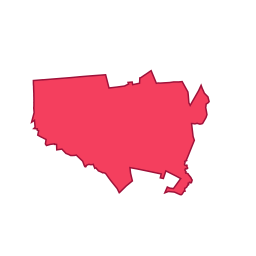 Berzovia, Caras-Severin, Romania (Natural Earth projection), rotated 65°
{"feature_id": "2599482B54614401056167", "entity_name": "Berzovia", "entity_type": "district", "adm_level": 2, "iso_a3": "ROU", "parent_name": "Romania", "parent_adm1": "Caras-Severin", "projection": "natural_earth1", "projection_center": [21.6, 45.4], "detail": "fine", "context": "isolated", "style": "filled", "palette": "rose", "viewbox_px": 256, "rotation_deg": 65, "n_neighbors": 0, "source": "geoboundaries", "source_scale": "gbopen_adm2", "svg_char_len": 3085}
<svg xmlns="http://www.w3.org/2000/svg" viewBox="0 0 256 256"><g transform="rotate(65 128 128)"><path d="M210.5,108.8L211.0,107.7L210.7,106.8L210.0,105.7L209.4,104.7L208.9,104.1L209.2,103.4L209.3,103.0L209.1,103.0L207.9,102.7L206.6,102.1L206.7,101.1L206.5,100.5L206.4,99.9L205.6,98.8L204.8,97.6L205.1,97.2L204.9,96.9L204.4,96.8L203.6,96.8L203.7,96.4L203.6,95.7L203.2,95.4L203.3,94.8L203.8,94.5L204.3,94.3L204.3,93.6L203.3,92.7L202.7,92.1L202.1,91.8L201.2,92.1L200.4,91.9L200.0,91.9L199.7,92.1L198.7,92.1L198.0,92.4L197.0,92.5L196.1,92.9L194.9,92.9L194.2,93.6L193.3,94.3L193.2,94.8L192.9,94.8L192.7,94.3L192.1,93.9L191.5,94.1L190.2,94.2L189.8,93.9L189.2,93.2L189.7,92.6L189.8,91.8L189.8,91.4L189.8,91.1L189.3,90.8L189.0,90.9L188.3,90.9L188.0,90.9L187.6,90.8L187.2,90.5L186.7,90.3L186.3,90.9L186.4,91.3L186.2,91.7L185.8,92.1L185.1,92.2L184.5,92.0L183.4,90.9L182.2,90.7L182.3,89.4L182.3,88.8L181.9,89.0L181.8,88.8L178.9,85.6L175.9,82.4L167.2,73.1L163.2,72.6L150.8,68.5L151.9,66.5L152.5,65.7L153.0,63.3L153.7,62.6L154.9,61.2L155.1,60.4L155.3,59.7L155.4,58.8L155.4,58.5L153.4,55.6L151.5,52.9L149.8,51.3L149.3,50.8L145.7,49.8L142.1,48.9L141.7,48.5L141.2,48.2L139.3,47.0L139.2,46.0L138.9,44.4L138.3,43.3L133.6,42.4L128.7,44.1L125.9,44.0L123.7,44.0L122.3,43.9L120.2,43.7L124.0,48.2L133.8,62.1L130.9,62.2L124.0,59.6L120.7,58.5L108.8,59.3L107.7,62.6L105.6,67.0L104.4,71.0L100.9,79.9L99.9,81.8L99.5,83.4L85.8,82.8L87.8,95.2L87.6,96.1L92.3,98.6L90.7,105.4L88.1,104.8L86.7,108.7L88.4,108.9L88.5,113.4L86.2,120.8L83.7,128.3L70.3,125.8L64.5,141.1L61.5,149.2L58.0,159.0L54.4,168.6L48.3,185.0L48.2,185.1L45.0,193.7L45.7,194.0L46.3,194.3L48.1,195.1L49.1,195.5L49.9,195.8L50.1,195.8L50.9,196.2L52.7,197.0L54.4,197.7L55.8,198.3L57.1,198.8L57.7,199.1L58.3,199.4L61.3,200.7L62.3,201.2L63.8,201.8L64.0,201.9L64.3,202.1L64.8,202.4L65.8,202.8L67.9,203.8L68.9,204.3L69.7,204.8L69.9,204.9L70.0,204.9L70.2,205.0L70.3,205.0L70.5,205.1L70.8,205.3L71.0,205.3L71.5,205.5L74.4,206.6L82.0,212.9L81.5,209.5L88.1,211.9L88.7,213.6L90.4,210.6L91.4,211.2L92.8,210.2L96.3,212.8L98.7,211.1L103.8,207.1L107.5,209.6L109.4,209.3L110.1,205.1L111.3,201.3L111.8,201.5L112.7,199.7L117.7,201.8L118.8,198.1L119.2,196.8L124.5,195.1L124.8,195.0L125.3,194.5L127.1,192.8L128.2,192.0L128.7,191.6L129.5,189.9L130.2,188.2L130.3,187.9L130.7,186.3L131.2,186.1L132.3,185.7L138.9,183.1L143.8,183.5L144.6,183.4L145.1,183.2L145.2,182.3L144.8,182.2L144.4,182.1L144.3,181.4L144.3,181.1L144.3,179.5L144.5,178.6L145.2,177.8L145.6,177.0L146.1,175.8L146.2,174.9L148.4,175.0L150.5,175.1L150.5,174.1L150.8,173.8L152.0,173.6L153.0,173.2L153.6,173.1L154.2,173.0L154.7,172.6L155.0,172.3L156.7,170.8L158.0,169.8L158.1,169.3L158.4,168.8L159.0,168.0L159.3,167.9L160.5,167.3L161.2,167.2L161.7,167.1L165.1,166.5L169.0,165.7L178.3,163.4L183.0,163.3L183.0,163.2L179.7,153.9L177.8,146.4L170.1,144.8L164.7,143.0L168.8,137.2L171.1,134.1L176.1,127.4L183.7,117.3L186.8,119.8L188.7,117.3L182.9,111.8L191.4,105.1L196.1,101.6L202.1,112.4L200.1,115.6L198.1,117.3L202.3,122.0L202.6,118.2L205.7,113.0L210.5,108.8Z" fill="#f43f5e" stroke="#9f1239" stroke-width="1.5"/></g></svg>